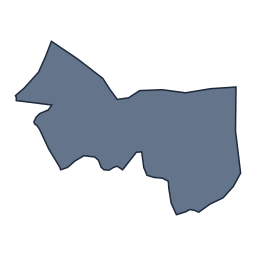 map outline of Zərdab (Equal Earth projection)
{"feature_id": "AZE-1721", "entity_name": "Zərdab", "entity_type": "District", "adm_level": 1, "iso_a3": "AZE", "parent_name": "Azerbaijan", "parent_adm1": "", "projection": "equal_earth", "projection_center": [47.672, 40.244], "detail": "fine", "context": "isolated", "style": "filled", "palette": "slate", "viewbox_px": 256, "rotation_deg": 0, "n_neighbors": 0, "source": "natural_earth", "source_scale": "10m", "svg_char_len": 834}
<svg xmlns="http://www.w3.org/2000/svg" viewBox="0 0 256 256"><path d="M236.0,87.0L235.5,130.8L240.6,173.1L233.3,186.5L223.1,197.8L210.0,204.1L198.8,212.2L194.7,210.4L189.9,209.5L185.5,211.9L176.4,214.7L171.8,204.5L171.2,203.2L168.8,188.3L168.3,181.2L162.5,178.2L156.3,177.6L154.3,177.5L147.0,175.3L143.8,167.6L141.7,151.9L136.4,152.2L122.6,169.8L117.2,166.2L113.2,167.6L109.2,170.1L103.9,169.8L101.1,167.2L98.5,160.3L94.7,157.0L83.9,155.7L75.1,160.9L67.6,167.4L60.7,169.8L59.5,166.7L48.7,148.9L39.5,129.2L37.0,125.6L34.6,123.9L33.9,122.0L33.9,121.9L36.2,117.1L39.9,113.5L48.3,109.9L51.8,105.0L16.3,100.6L16.3,97.3L15.4,95.7L24.1,88.2L38.5,72.2L45.3,57.2L51.4,41.3L77.5,58.9L102.8,78.4L110.1,89.7L117.3,99.4L128.6,97.8L139.6,90.6L162.1,89.7L185.6,92.8L210.5,88.7L236.0,87.0Z" fill="#64748b" stroke="#1e293b" stroke-width="1.5"/></svg>